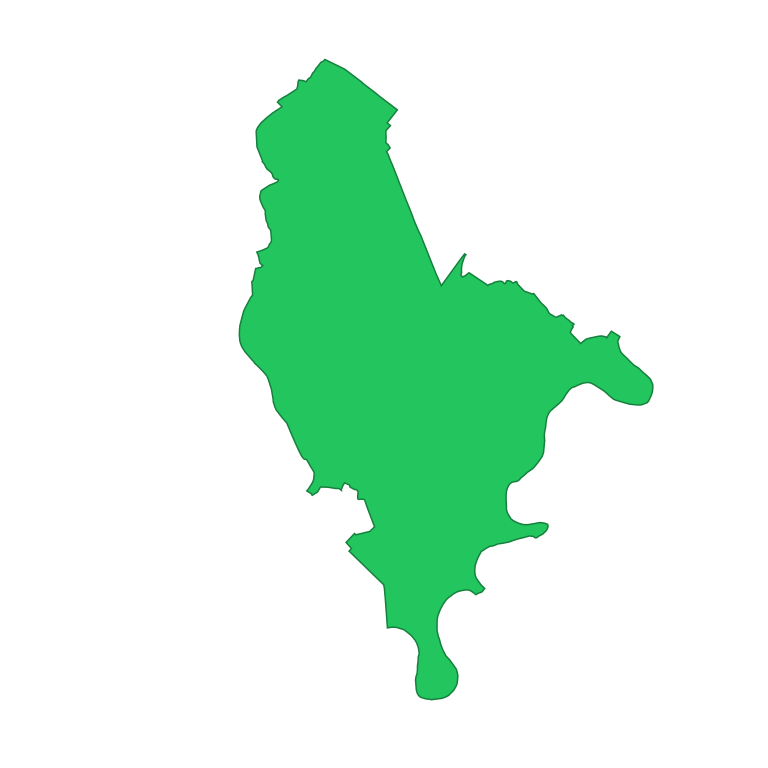 APA, Satu Mare, Romania, rotated 300°
{"feature_id": "2599482B68771602818343", "entity_name": "APA", "entity_type": "district", "adm_level": 2, "iso_a3": "ROU", "parent_name": "Romania", "parent_adm1": "Satu Mare", "projection": "albers", "projection_center": [23.208, 47.766], "detail": "fine", "context": "isolated", "style": "filled", "palette": "green", "viewbox_px": 768, "rotation_deg": 300, "n_neighbors": 0, "source": "geoboundaries", "source_scale": "gbopen_adm2", "svg_char_len": 6147}
<svg xmlns="http://www.w3.org/2000/svg" viewBox="0 0 768 768"><g transform="rotate(300 384 384)"><path d="M543.0,564.6L543.4,554.5L535.5,553.7L535.9,553.3L535.0,550.2L534.5,548.7L533.6,547.2L532.2,545.4L526.3,538.9L524.4,537.0L523.5,536.4L518.5,534.4L517.3,534.1L518.0,532.0L521.2,520.7L521.8,519.5L525.5,519.1L528.1,519.3L528.7,517.9L530.7,518.7L531.0,517.9L531.1,516.7L530.9,515.6L531.6,512.5L531.9,509.3L532.3,507.6L532.9,505.6L533.2,505.2L532.9,505.1L532.5,504.0L532.5,503.7L532.7,503.3L528.1,499.9L527.8,499.5L527.6,498.5L527.7,494.9L527.7,492.4L528.6,490.3L529.7,488.9L531.0,486.6L532.4,481.4L532.5,480.4L532.9,479.1L537.2,468.5L537.1,468.1L536.2,467.7L536.0,467.3L535.6,464.6L534.6,459.4L534.6,458.8L537.1,450.3L537.8,449.2L538.4,448.7L538.9,447.7L538.8,447.3L538.6,446.9L536.9,446.0L535.9,445.2L535.9,444.3L536.2,443.2L536.3,442.5L535.8,440.4L535.5,439.8L535.1,439.1L534.4,438.6L532.2,438.9L531.7,438.8L531.4,438.5L531.3,438.1L531.3,437.3L531.8,435.6L531.8,435.0L531.4,433.8L531.1,433.1L530.4,432.2L528.6,430.0L526.7,428.3L525.6,427.9L524.8,427.2L523.0,425.5L522.3,425.0L521.2,424.6L521.4,423.7L521.5,422.7L522.8,403.5L522.8,401.9L521.5,401.5L518.4,400.2L517.2,399.4L515.9,398.2L517.1,395.8L518.1,395.8L519.3,395.5L520.7,394.5L523.5,393.0L527.2,391.5L533.6,390.3L535.3,390.1L536.9,390.3L537.0,388.8L532.3,388.1L497.8,384.5L505.5,373.9L530.7,342.0L534.0,337.1L540.1,329.0L546.6,321.2L554.0,311.6L577.4,282.4L581.2,277.3L584.9,272.8L586.4,270.1L586.7,270.1L591.5,271.3L592.6,269.2L593.3,267.8L593.9,264.9L598.3,262.7L602.4,260.1L604.4,259.0L611.0,260.4L611.7,256.2L628.1,258.5L630.9,236.2L631.7,231.7L633.9,214.8L634.2,214.6L637.0,192.5L635.5,170.5L633.4,170.1L631.2,168.6L630.2,168.4L625.6,167.8L623.5,167.3L620.1,167.4L617.9,166.8L613.2,167.0L612.7,166.9L610.9,166.0L609.1,165.6L606.8,165.4L606.4,162.5L606.1,161.7L604.8,158.8L604.6,158.2L602.4,158.6L600.5,159.6L596.0,161.1L585.4,155.7L582.5,153.9L577.1,151.1L575.9,150.9L575.4,151.0L574.9,150.8L573.1,157.1L563.0,152.0L556.6,149.5L548.6,146.9L543.1,146.3L540.1,146.6L538.8,147.0L526.2,155.2L525.6,155.7L516.7,167.0L516.0,167.2L515.7,167.5L514.6,170.5L513.0,172.8L511.6,175.4L511.1,178.9L510.6,180.9L509.6,182.7L508.2,183.9L507.4,185.5L507.1,186.6L507.1,187.4L508.1,189.7L508.2,190.3L508.0,190.5L507.2,190.7L506.4,190.6L505.7,190.5L502.7,188.5L500.0,186.3L498.7,185.4L490.6,181.2L489.5,181.0L484.2,182.6L481.9,184.2L480.3,186.1L477.2,190.2L475.0,194.0L474.5,194.7L471.8,196.2L466.9,200.0L466.1,200.9L465.0,202.6L464.5,203.2L462.9,204.5L462.2,205.2L461.7,206.1L460.6,208.8L460.4,209.0L457.6,211.1L452.5,214.5L451.2,215.1L450.2,215.3L448.0,214.9L444.6,215.3L443.6,215.0L442.7,214.4L439.8,212.3L437.3,210.3L434.7,207.9L433.5,209.4L433.1,210.2L432.4,210.9L432.1,211.1L431.6,211.8L428.3,214.6L426.5,216.4L426.0,219.9L425.1,219.3L423.8,219.3L423.2,219.0L422.0,217.2L420.3,215.8L419.9,215.1L408.2,218.9L407.4,218.7L406.7,218.3L395.2,225.8L394.0,225.5L391.9,225.3L380.9,225.7L377.2,226.0L373.2,227.0L363.2,229.8L361.6,230.4L357.6,232.3L354.0,234.3L349.5,237.4L347.2,239.7L345.7,241.6L344.8,242.9L342.5,247.3L339.0,257.2L338.3,259.8L337.1,262.2L336.7,264.7L336.3,266.1L334.3,273.2L332.9,277.2L332.1,279.0L329.8,281.9L323.2,289.1L315.6,295.4L313.0,297.2L309.8,300.7L308.1,303.0L307.5,303.9L304.3,311.7L301.9,318.3L302.0,318.8L293.1,330.5L288.0,337.5L283.6,343.7L280.1,349.2L279.1,352.0L279.0,352.3L279.5,353.6L279.7,354.8L279.6,355.3L275.8,361.7L274.0,365.1L272.7,367.4L271.2,368.5L266.3,370.7L264.1,371.2L261.1,371.3L254.9,371.0L252.8,370.6L252.6,375.7L251.7,377.5L257.1,380.4L257.8,380.5L263.0,380.5L266.5,386.9L269.4,394.5L270.9,397.2L271.0,397.5L270.6,400.3L271.3,399.8L274.9,399.3L278.7,399.2L279.2,404.6L277.7,406.2L277.9,411.4L278.7,412.6L278.7,413.1L277.8,415.6L277.0,415.8L273.7,417.3L271.6,418.5L271.4,418.8L271.4,419.6L271.5,420.1L272.4,421.1L273.1,422.3L273.9,423.9L274.0,424.3L273.9,425.2L268.7,431.2L255.6,447.2L249.2,445.4L239.4,435.1L239.8,433.2L227.8,430.4L225.3,438.1L221.8,437.3L210.0,484.1L207.9,486.0L199.7,491.8L174.5,508.9L177.6,512.8L179.5,516.7L181.2,524.3L179.9,533.1L177.9,538.6L176.0,541.9L172.7,545.7L169.6,548.2L168.1,549.3L164.7,550.1L161.5,551.9L156.4,554.0L153.3,555.8L149.8,557.4L146.7,558.0L143.6,559.2L135.3,564.9L132.7,567.6L131.5,569.7L131.0,572.3L132.2,577.6L133.5,580.4L134.3,582.9L140.6,591.2L143.9,594.0L146.7,595.7L153.5,597.5L156.9,597.6L160.3,597.3L162.8,596.4L165.5,595.2L168.9,593.4L173.1,589.4L175.4,584.5L177.6,579.6L179.6,573.4L182.8,568.4L185.3,565.2L187.2,563.0L190.8,559.5L192.8,557.0L197.3,553.0L206.3,547.9L210.4,546.5L216.8,545.5L223.1,545.3L228.4,545.8L232.4,547.0L232.7,547.4L236.8,549.0L240.1,550.9L242.8,553.3L245.8,556.8L247.4,559.2L248.2,561.6L248.1,565.0L247.5,568.9L250.6,570.7L252.0,572.2L253.5,573.0L254.4,573.0L257.2,573.5L258.5,568.6L261.9,561.0L264.0,558.6L266.9,556.4L269.6,555.0L272.5,553.7L275.1,553.1L279.0,552.4L282.7,552.1L287.5,552.0L293.3,554.9L296.4,556.9L298.2,559.3L302.6,562.8L305.3,566.3L309.9,571.5L314.5,575.3L317.2,577.9L320.9,581.8L325.0,585.8L326.6,589.2L326.4,592.0L327.2,593.1L329.8,594.2L333.3,596.5L337.4,597.7L340.3,597.9L342.9,597.2L344.2,596.0L344.1,594.1L343.4,591.6L342.0,588.3L337.2,582.7L334.8,579.8L333.4,577.8L331.8,574.7L330.8,570.4L330.4,567.3L330.3,564.2L330.7,561.4L334.0,555.4L336.3,553.0L342.0,549.5L344.6,547.7L350.3,544.5L352.7,543.6L355.7,542.9L358.5,542.7L360.6,542.9L362.8,543.9L364.5,545.6L365.8,547.4L367.7,548.8L371.6,549.7L374.6,550.9L379.3,552.4L384.7,555.0L387.5,555.7L389.8,556.1L394.6,556.8L400.4,557.2L404.5,556.4L415.4,551.4L419.9,548.4L422.5,547.2L427.5,545.5L430.5,544.1L435.8,542.0L439.7,541.4L441.7,541.3L443.2,541.5L443.9,541.6L454.8,545.4L458.3,546.4L462.3,546.8L465.2,546.7L471.5,547.4L474.8,548.5L477.1,550.6L480.1,552.6L484.3,556.0L487.0,559.3L488.3,562.5L488.5,566.6L488.0,577.5L487.2,582.4L486.7,583.7L485.6,590.3L485.9,592.8L487.9,601.3L489.4,607.0L492.7,614.3L494.6,617.3L499.3,621.2L501.6,621.7L508.0,621.1L511.6,620.3L515.2,618.7L517.9,617.0L521.3,612.5L522.6,607.9L523.4,603.2L525.1,596.4L525.2,591.9L525.4,590.5L527.1,583.8L527.8,581.3L529.3,575.1L530.6,572.3L533.0,569.5L537.9,565.0L543.0,564.6Z" fill="#22c55e" stroke="#15803d" stroke-width="1.5"/></g></svg>